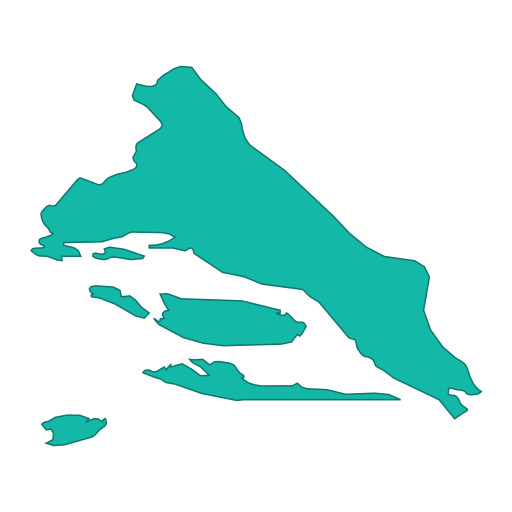 the border of Splitsko-Dalmatinska
{"feature_id": "HRV-1492", "entity_name": "Splitsko-Dalmatinska", "entity_type": "County", "adm_level": 1, "iso_a3": "HRV", "parent_name": "Croatia", "parent_adm1": "", "projection": "natural_earth1", "projection_center": [16.561, 43.491], "detail": "fine", "context": "isolated", "style": "filled", "palette": "teal", "viewbox_px": 512, "rotation_deg": 0, "n_neighbors": 0, "source": "natural_earth", "source_scale": "10m", "svg_char_len": 4482}
<svg xmlns="http://www.w3.org/2000/svg" viewBox="0 0 512 512"><path d="M191.8,67.4L200.7,79.4L216.0,93.8L226.1,106.7L239.0,117.6L241.4,123.4L242.5,130.0L245.2,138.4L249.7,145.0L284.5,170.3L334.0,216.8L349.2,233.1L359.2,241.3L366.1,247.0L384.4,256.5L414.7,260.8L424.4,266.8L429.4,277.0L423.6,310.3L430.6,330.0L442.8,347.0L455.6,358.0L462.0,361.8L465.3,364.6L467.4,368.8L470.0,376.9L473.7,384.5L478.5,389.7L481.3,391.4L480.8,392.2L479.3,393.1L477.0,394.2L471.4,394.8L469.0,394.6L467.3,394.0L466.0,393.0L464.9,391.4L464.0,390.9L462.5,390.4L456.0,389.5L450.6,388.0L449.4,388.2L448.7,389.2L448.2,392.7L448.4,393.9L449.2,394.7L450.7,395.2L454.3,395.5L456.1,396.3L457.5,397.8L458.7,399.6L460.3,403.1L461.3,404.6L462.8,405.9L466.0,408.1L467.1,409.0L467.4,410.3L465.5,411.7L463.4,412.8L454.6,418.7L439.1,399.7L393.9,378.1L383.1,370.0L377.9,367.4L375.6,365.7L373.6,360.5L371.3,358.4L368.1,357.0L365.0,356.5L362.9,355.5L360.7,353.2L357.5,348.4L356.9,346.7L355.8,341.5L355.3,340.0L354.0,339.4L350.0,338.3L348.7,337.6L319.1,302.2L310.3,296.8L307.1,293.9L304.8,291.3L302.4,289.4L262.2,284.1L243.9,276.7L222.6,272.4L194.1,253.4L193.7,252.4L193.4,250.5L192.6,248.8L190.9,248.0L189.0,248.4L186.2,250.3L184.6,250.7L172.7,248.0L149.2,248.0L149.2,245.3L155.5,245.2L162.6,243.6L169.4,240.8L174.9,237.2L169.7,234.1L162.5,232.6L132.1,232.0L128.4,233.1L122.6,236.5L120.4,237.2L114.7,238.0L101.7,241.8L63.6,242.6L63.6,245.3L73.9,247.8L78.3,250.6L80.7,256.3L61.4,256.3L62.1,260.6L57.5,260.1L47.4,256.3L39.1,255.9L35.6,254.3L31.1,250.7L30.7,250.7L30.8,250.7L32.6,248.7L36.0,248.1L42.7,247.9L44.3,247.0L44.2,246.0L43.3,245.4L41.7,244.8L40.2,243.9L39.2,242.5L39.1,240.0L40.4,238.8L42.9,237.9L45.8,237.2L51.1,235.2L52.6,234.2L52.9,233.3L51.4,232.9L50.3,232.1L48.6,228.8L44.3,224.1L42.8,221.4L41.7,218.3L41.0,213.9L41.9,211.7L43.4,209.9L46.9,206.4L48.8,205.5L50.4,205.4L52.1,206.2L53.5,206.1L55.5,205.5L77.1,180.0L79.8,178.0L81.2,178.2L98.4,184.8L101.5,184.4L103.6,182.8L106.2,179.6L108.4,178.0L110.9,176.7L117.7,174.1L126.3,172.2L133.7,169.3L136.5,166.9L137.1,164.5L135.8,162.7L134.2,161.1L133.5,159.7L133.0,157.5L136.2,151.6L136.4,150.6L136.1,149.4L135.9,147.5L136.5,144.3L138.5,142.3L159.9,128.9L162.0,126.3L162.0,123.7L160.3,121.2L147.8,107.7L145.1,105.6L142.7,104.1L134.2,100.2L133.2,97.9L132.4,95.8L136.7,83.9L146.5,86.4L151.9,86.4L155.3,85.3L156.5,84.0L157.2,82.3L157.7,80.2L163.5,75.2L174.0,68.8L178.4,67.2L181.4,66.5L191.8,67.4ZM183.4,337.6L158.7,324.4L153.7,318.4L156.2,319.9L157.9,321.4L160.1,321.4L160.2,318.9L161.2,318.5L162.6,318.8L164.3,318.4L162.6,315.6L162.8,313.0L164.9,311.1L168.6,310.3L164.3,303.3L160.1,294.1L166.6,293.8L168.6,294.1L181.3,298.8L242.0,300.9L280.2,310.3L280.2,313.0L275.9,313.0L279.3,314.5L282.2,315.4L284.7,315.1L286.6,313.0L289.5,315.2L295.4,321.4L298.8,322.4L301.5,322.1L303.8,322.7L306.1,326.5L302.1,333.7L299.8,336.1L297.3,334.6L291.6,341.9L281.3,344.1L223.4,345.7L203.2,343.2L183.4,337.6ZM243.7,399.7L236.5,400.4L201.9,393.5L175.4,384.2L166.0,382.5L160.4,378.9L156.8,378.1L142.9,372.7L144.2,370.9L145.7,370.1L149.1,370.0L153.1,372.0L156.6,371.5L164.3,367.0L166.3,370.0L167.2,368.3L170.7,364.6L170.7,367.0L182.1,363.8L191.6,369.2L200.4,375.7L209.3,375.4L200.7,367.0L192.4,362.4L189.6,359.4L194.1,359.9L202.8,359.4L209.3,364.6L210.5,364.5L213.5,362.3L215.7,361.6L219.6,361.6L228.9,363.0L233.2,364.6L235.3,366.6L237.2,369.7L239.8,373.0L243.7,375.4L243.9,377.2L243.4,377.7L242.6,377.7L241.6,378.1L247.7,382.5L254.5,384.9L261.9,386.0L292.3,385.8L297.4,383.2L301.8,387.2L307.5,388.8L327.0,389.7L345.7,394.3L374.4,393.2L388.6,394.5L400.6,399.7L322.1,399.7L243.7,399.7ZM102.0,421.6L103.3,419.8L104.7,418.6L105.8,419.2L106.3,422.9L105.4,425.4L103.3,427.2L99.6,429.7L95.9,434.1L92.3,436.9L64.4,444.8L53.6,445.5L46.1,443.2L52.8,439.8L53.6,433.7L51.1,429.0L48.1,429.7L46.1,429.7L41.7,424.3L43.0,423.0L44.3,422.3L45.9,421.8L48.1,421.6L55.4,417.3L67.2,415.1L79.7,415.3L89.0,418.6L87.4,420.6L86.8,421.6L94.0,418.7L97.9,418.9L102.0,421.6ZM149.2,313.0L144.3,318.1L135.8,316.0L114.8,303.9L99.3,297.9L91.4,296.8L91.2,295.0L91.7,294.5L92.5,294.5L93.4,294.1L90.3,291.8L89.4,289.0L91.0,286.7L95.5,285.8L113.4,287.1L120.0,290.4L121.4,296.8L129.9,295.9L135.8,300.4L141.4,307.2L149.2,313.0ZM123.8,249.2L131.3,251.7L144.2,256.1L142.7,258.5L131.0,259.6L115.0,257.0L110.4,257.4L107.7,258.8L103.8,259.6L98.9,258.9L95.0,257.7L92.9,256.2L93.0,254.0L95.2,253.1L96.6,253.3L98.7,253.8L102.9,254.3L105.6,252.3L104.3,249.0L109.5,247.2L123.8,249.2Z" fill="#14b8a6" stroke="#0f766e" stroke-width="1.5"/></svg>